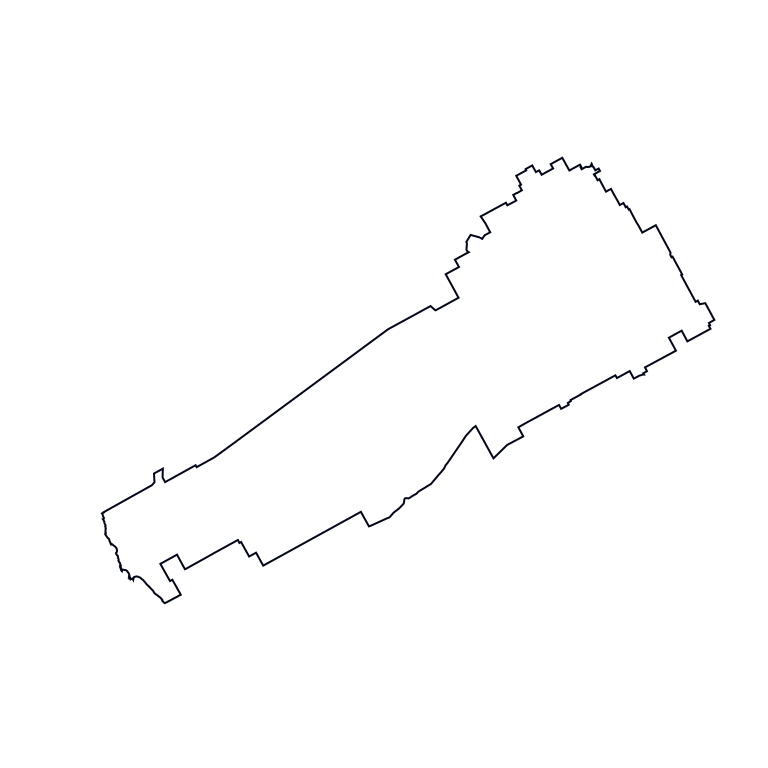 Coorow, Western Australia, Australia (Albers equal-area conic projection), rotated 331°
{"feature_id": "25037944B10831634124389", "entity_name": "Coorow", "entity_type": "district", "adm_level": 2, "iso_a3": "AUS", "parent_name": "Australia", "parent_adm1": "Western Australia", "projection": "albers", "projection_center": [115.183, -29.979], "detail": "fine", "context": "isolated", "style": "outline", "palette": "ink", "viewbox_px": 768, "rotation_deg": 331, "n_neighbors": 0, "source": "geoboundaries", "source_scale": "gbopen_adm2", "svg_char_len": 5500}
<svg xmlns="http://www.w3.org/2000/svg" viewBox="0 0 768 768"><g transform="rotate(331 384 384)"><path d="M74.6,360.5L74.8,361.2L74.5,362.0L74.1,363.6L74.1,364.8L74.1,365.3L73.7,365.9L73.2,366.2L72.6,366.0L72.7,366.8L72.7,367.8L72.6,368.1L72.7,368.7L72.5,369.1L72.2,369.8L72.1,370.1L72.0,372.1L71.9,372.2L71.9,372.4L71.8,372.5L71.7,372.7L71.7,373.0L71.3,373.2L71.1,373.4L71.1,373.6L71.1,373.9L71.0,374.1L70.7,375.3L70.6,375.5L70.4,375.5L70.2,375.7L69.7,376.8L69.3,377.3L69.0,377.8L68.8,378.0L68.7,378.1L68.5,378.7L68.5,379.1L68.4,379.2L68.4,379.6L68.1,379.8L67.8,380.1L67.5,380.0L67.4,380.2L67.3,380.4L67.3,380.8L67.5,381.7L67.5,382.9L67.6,383.6L67.8,385.0L68.2,385.6L68.3,386.2L68.2,387.2L67.8,388.2L67.9,389.0L67.8,389.4L67.8,389.7L67.6,390.2L67.5,390.7L67.5,391.0L67.5,391.4L67.7,391.2L67.8,391.2L68.1,391.4L68.4,392.2L68.8,393.1L69.2,394.2L69.8,395.3L70.1,396.3L70.2,396.7L70.4,397.6L70.4,398.0L70.3,398.6L70.0,399.5L69.8,400.1L69.4,400.8L69.0,401.2L68.4,401.7L68.1,401.8L67.9,401.7L67.7,401.8L67.5,402.4L67.4,403.3L67.4,403.6L67.5,404.4L67.8,405.0L67.8,405.5L67.6,406.0L67.3,406.5L67.2,407.0L67.0,407.6L67.0,407.8L66.9,408.5L66.8,408.9L66.6,409.2L66.3,409.4L66.1,409.9L66.2,410.6L66.0,410.8L65.9,411.0L66.2,411.8L66.3,412.1L66.1,412.5L66.2,412.8L65.9,413.7L65.9,414.5L65.8,415.2L65.6,415.6L65.2,415.9L64.7,415.5L64.4,416.3L64.5,416.6L64.4,416.9L64.8,417.2L64.8,417.7L64.7,417.8L64.6,418.1L64.2,418.0L64.1,418.4L64.2,418.5L63.8,419.6L63.9,420.0L63.9,420.4L63.9,420.5L64.0,420.7L64.2,420.4L64.1,420.1L64.0,419.9L64.2,419.6L64.8,419.5L65.5,419.7L65.8,419.9L66.2,420.2L66.8,420.8L67.5,421.2L67.7,421.4L67.9,421.7L68.3,422.2L68.5,422.6L68.6,422.9L68.6,423.5L68.8,424.3L68.9,424.6L68.9,425.9L68.9,426.8L68.8,427.1L68.7,427.5L68.3,427.8L68.4,428.5L68.2,429.1L68.1,429.3L68.0,429.2L67.9,428.9L67.7,428.9L67.7,429.0L67.7,429.3L67.3,429.6L67.2,429.9L67.0,430.0L67.3,430.3L67.4,429.9L67.6,429.9L68.1,430.3L68.0,430.9L67.9,431.2L67.7,431.2L67.4,430.9L67.2,431.0L67.3,431.1L67.5,431.5L67.5,431.8L67.8,431.7L68.2,431.9L68.4,431.8L68.5,431.8L69.1,432.6L69.4,432.8L69.7,433.0L69.8,433.2L69.8,433.3L70.0,433.0L70.2,432.9L70.4,433.0L70.6,432.8L70.7,432.5L70.5,432.3L70.5,432.2L70.8,432.0L71.3,431.9L71.7,431.7L72.0,431.7L73.2,432.0L74.0,432.2L74.6,432.6L75.2,433.0L75.6,433.5L76.2,434.4L76.6,434.7L76.7,434.9L77.1,435.7L77.2,435.9L77.4,436.7L78.2,438.5L78.5,439.6L78.7,440.7L79.0,442.1L79.2,443.8L79.6,445.2L79.8,445.7L80.1,446.2L80.2,446.5L80.2,447.2L80.6,448.3L80.9,449.8L81.4,451.3L81.4,451.7L81.8,452.7L81.8,453.1L81.8,454.5L81.7,454.8L81.9,455.7L82.0,456.0L82.2,456.3L82.2,456.6L82.3,456.9L82.5,457.5L82.8,457.8L83.0,458.2L83.5,459.3L83.7,459.9L84.3,461.3L84.8,462.3L85.0,463.0L85.2,463.8L85.1,464.4L85.4,465.1L85.4,465.4L85.1,465.7L85.0,466.1L85.0,466.4L85.3,467.0L85.5,468.3L86.1,469.5L104.1,469.8L104.0,452.6L101.3,452.6L101.2,432.9L120.2,432.9L120.1,449.4L120.5,449.4L120.8,449.6L121.2,449.6L122.2,449.6L123.5,449.6L123.8,449.6L139.6,449.6L153.4,449.5L180.6,449.6L180.5,452.9L182.4,452.9L182.4,469.5L190.3,469.5L190.3,484.3L258.9,484.5L301.8,484.6L301.8,501.2L302.7,501.4L303.2,501.5L321.1,502.9L322.0,503.0L323.2,503.2L324.1,503.3L324.6,503.2L328.1,501.9L330.0,501.2L337.1,500.1L343.1,498.2L343.3,498.0L343.8,497.6L345.8,494.9L346.3,494.5L347.0,494.2L347.4,494.3L347.8,494.4L350.1,496.0L350.8,496.0L355.6,495.7L359.2,495.7L361.6,494.9L362.0,494.8L376.3,494.2L376.9,494.1L388.1,489.8L389.1,489.5L395.3,487.2L396.8,486.2L398.3,485.0L398.8,484.8L400.2,484.3L401.6,483.7L424.1,472.4L430.6,469.0L440.3,465.7L440.9,465.6L443.8,465.2L443.7,502.1L462.1,497.0L480.4,497.3L480.5,487.0L488.2,486.9L519.3,487.1L526.9,487.2L526.9,491.6L532.8,491.7L535.5,491.7L535.6,489.7L539.2,489.5L539.3,488.6L539.5,488.4L539.8,488.5L540.0,488.5L551.2,488.6L551.2,488.3L556.6,488.3L590.6,488.6L590.6,491.7L598.1,491.8L605.2,491.8L605.1,500.4L611.4,500.5L615.3,501.4L616.0,501.8L615.9,500.3L620.2,500.3L620.3,496.0L655.5,496.4L655.6,481.6L665.5,481.6L670.2,481.7L670.0,493.8L696.3,494.0L696.3,490.6L697.7,490.7L697.7,488.2L704.0,488.1L704.2,469.1L698.8,467.3L698.9,463.2L696.4,463.2L696.7,432.8L697.9,432.8L698.1,412.5L696.9,412.5L697.0,409.8L698.3,408.0L698.7,376.9L683.3,376.8L683.4,369.0L683.2,365.4L683.3,358.0L683.5,350.1L682.6,350.1L682.6,346.6L681.1,346.6L681.2,341.8L677.0,341.8L677.1,337.9L677.0,329.3L677.1,323.4L671.7,323.4L671.4,323.4L671.6,311.1L671.7,309.3L669.6,309.4L669.7,303.7L669.2,303.7L669.2,302.4L676.2,302.4L676.2,299.6L672.4,299.6L672.4,295.2L671.6,294.7L671.5,293.8L672.4,292.9L672.4,292.0L670.1,293.7L668.7,293.6L667.2,292.9L666.1,292.0L661.0,292.0L661.0,289.8L661.8,289.8L661.8,287.2L649.6,287.1L649.6,272.6L636.4,272.5L636.4,277.5L623.3,277.4L623.3,272.4L619.6,272.3L619.6,264.7L612.0,264.7L611.9,265.5L611.9,266.1L600.6,266.0L600.5,276.1L598.5,276.1L598.5,281.4L593.2,281.5L592.7,281.3L588.7,281.3L588.6,287.7L583.9,287.6L578.5,287.5L578.5,284.6L549.8,284.3L549.8,284.9L549.9,285.2L550.6,292.7L550.5,295.4L550.5,301.5L550.4,301.5L550.4,302.8L544.1,302.7L540.2,304.7L539.3,303.2L538.4,301.8L532.0,295.6L525.6,299.3L524.9,299.6L524.9,300.2L524.8,300.7L524.6,301.3L524.2,302.1L521.6,305.9L521.3,306.4L521.2,307.0L521.2,307.8L521.3,308.4L521.5,309.0L522.0,309.8L516.1,309.7L506.3,309.7L506.3,318.0L491.2,317.9L491.1,332.6L491.0,344.7L464.9,344.6L464.6,344.4L462.5,338.4L414.0,338.1L311.4,351.5L227.1,362.5L200.2,365.9L179.8,365.9L179.8,363.7L145.0,363.7L145.0,358.5L149.5,350.8L139.4,350.8L135.6,358.7L131.9,360.0L76.7,360.2L76.7,360.5L74.6,360.5Z" fill="none" stroke="#020617" stroke-width="2"/></g></svg>